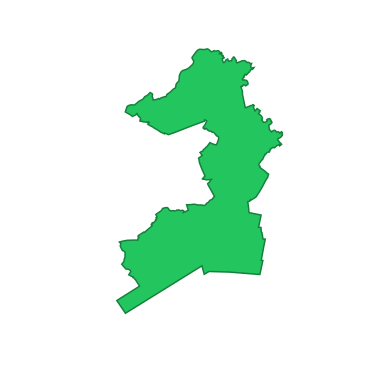 the district of Binh Chanh, Hồ Chí Minh city, Vietnam, rotated 226°
{"feature_id": "81297802B93683261125538", "entity_name": "Binh Chanh", "entity_type": "district", "adm_level": 2, "iso_a3": "VNM", "parent_name": "Vietnam", "parent_adm1": "Hồ Chí Minh city", "projection": "natural_earth1", "projection_center": [106.606, 10.749], "detail": "fine", "context": "isolated", "style": "filled", "palette": "green", "viewbox_px": 384, "rotation_deg": 226, "n_neighbors": 0, "source": "geoboundaries", "source_scale": "gbopen_adm2", "svg_char_len": 6100}
<svg xmlns="http://www.w3.org/2000/svg" viewBox="0 0 384 384"><g transform="rotate(226 192 192)"><path d="M169.7,294.1L170.1,296.5L170.4,296.9L171.0,297.0L171.9,298.2L173.2,298.3L173.3,297.9L173.1,296.6L173.4,295.9L174.3,296.1L175.4,296.0L176.5,294.4L178.1,294.6L179.0,294.4L179.7,293.3L180.0,290.9L181.6,291.1L182.9,290.9L186.6,293.5L186.2,295.5L186.5,297.9L187.0,298.1L187.9,297.9L188.2,298.4L189.6,298.6L189.8,299.0L190.5,298.8L191.2,298.5L191.8,297.5L192.0,295.9L191.0,295.8L191.0,294.1L191.2,293.4L192.3,291.9L192.6,291.8L193.8,292.1L195.5,292.1L195.6,293.3L196.1,293.9L198.1,294.7L199.4,294.7L202.1,294.2L202.5,296.6L203.1,296.6L203.2,297.5L206.8,296.8L206.5,293.7L207.3,293.8L209.9,294.9L210.7,295.6L211.0,296.8L211.4,297.2L211.3,296.9L212.2,296.7L212.5,296.5L212.6,295.4L213.4,294.2L213.9,292.6L214.5,291.4L214.8,290.3L215.7,288.9L227.1,296.1L229.4,298.2L233.9,300.4L233.5,301.2L233.0,301.6L233.0,302.0L233.4,303.0L233.3,303.4L232.2,304.2L231.2,304.3L231.0,304.6L230.6,307.2L232.2,308.4L233.1,308.4L233.4,308.7L234.3,308.8L235.0,308.1L236.1,307.8L237.1,306.5L237.6,306.3L238.0,306.5L238.3,307.0L238.4,308.0L238.4,309.1L238.9,309.1L239.3,309.5L239.0,309.9L239.8,312.0L238.4,312.3L238.4,312.5L238.6,315.7L238.4,316.8L239.2,319.1L238.3,320.5L238.2,321.7L238.5,323.0L239.7,321.1L240.7,321.0L241.3,321.3L242.0,322.2L243.1,324.1L243.5,323.2L243.9,323.0L244.4,323.2L245.1,323.2L245.9,322.8L246.6,322.2L246.9,321.6L249.8,321.3L251.4,319.5L253.1,315.4L253.3,314.4L253.7,314.1L254.5,314.1L255.9,315.3L258.2,315.6L259.2,316.0L260.1,315.9L260.3,315.4L260.0,314.4L260.0,313.2L259.1,312.2L259.1,311.5L259.9,310.6L260.2,309.8L260.8,309.1L261.1,309.1L262.7,310.1L262.9,310.0L263.4,308.3L262.8,306.0L262.8,304.9L263.0,304.7L263.4,304.6L264.5,304.9L266.9,306.3L266.6,307.0L266.3,307.3L266.1,308.0L266.4,308.5L267.0,308.3L267.5,308.5L267.9,308.4L268.1,308.5L268.3,309.0L268.7,309.1L269.1,308.8L269.1,308.3L269.4,308.3L270.0,308.9L270.6,309.0L270.8,309.6L271.0,309.5L271.5,308.8L271.7,310.0L271.9,310.1L272.3,309.5L272.2,308.2L272.3,307.8L273.6,309.2L274.2,309.3L275.2,309.2L275.7,308.7L276.9,306.8L278.5,306.0L278.8,304.2L279.2,303.6L280.2,303.2L282.4,303.1L283.4,302.9L284.0,302.6L284.7,302.0L285.4,300.5L286.3,299.4L289.4,296.7L290.0,295.1L290.1,294.3L289.9,291.8L288.8,285.5L288.3,285.0L285.1,284.2L284.2,283.3L283.6,282.1L283.4,280.8L283.4,277.9L283.5,275.5L284.2,273.0L285.9,269.5L286.0,267.8L285.6,266.1L284.4,263.6L282.2,261.2L281.1,259.8L280.9,258.4L280.9,256.9L280.6,255.8L280.2,254.9L278.4,252.6L279.0,249.9L279.0,245.6L279.6,241.7L279.4,241.1L278.6,239.8L278.8,239.2L279.6,238.6L281.3,234.8L281.5,233.0L282.5,232.9L282.9,231.6L283.6,230.1L284.3,229.1L285.3,228.0L286.1,228.7L288.4,229.8L289.3,231.1L290.0,231.6L290.6,231.6L292.7,230.9L292.5,227.5L293.4,224.1L292.9,221.6L293.1,220.2L294.1,217.1L294.5,211.3L294.9,210.7L296.9,208.9L297.5,208.0L298.4,206.1L298.5,204.5L296.0,199.7L295.2,199.8L290.4,201.3L288.4,201.5L287.5,201.8L287.5,202.9L287.1,203.4L286.5,205.2L286.7,207.0L286.2,207.0L285.6,206.5L282.9,206.3L282.9,206.1L281.6,206.4L279.7,205.3L279.4,204.8L279.8,204.6L279.1,203.8L277.2,205.3L277.1,205.2L275.6,206.3L273.1,208.4L273.1,208.9L272.7,209.3L272.4,209.2L271.8,209.4L271.6,208.9L271.6,207.3L269.4,207.7L268.1,208.3L266.5,208.7L265.8,209.1L265.3,209.0L263.1,209.5L262.7,209.7L260.3,210.4L257.0,211.0L253.0,212.6L253.3,213.3L249.6,214.9L246.8,221.0L239.7,238.0L234.4,250.0L235.2,251.2L233.1,252.1L231.5,248.7L230.8,244.9L230.0,244.4L229.9,244.4L229.8,245.0L229.5,245.0L229.4,244.7L229.1,244.6L228.6,244.7L228.1,245.1L228.1,246.1L227.7,246.5L227.1,246.5L226.4,246.2L224.6,246.5L223.9,246.8L222.5,247.9L221.0,248.0L220.2,248.9L219.4,249.1L215.2,248.7L214.5,249.2L213.8,249.2L213.0,249.1L212.3,248.7L211.0,246.9L209.6,243.9L209.2,242.7L209.2,242.0L211.6,240.6L212.6,240.1L215.1,239.2L214.3,234.6L214.5,232.3L214.2,231.6L214.6,229.7L213.9,228.3L214.0,227.8L214.6,226.9L214.9,225.2L211.2,224.7L211.8,220.2L211.1,220.0L208.0,217.8L202.3,215.3L194.5,212.5L194.2,208.6L193.7,208.7L191.8,210.3L190.8,210.7L187.6,214.6L187.5,213.2L187.0,211.3L187.2,210.3L187.1,209.0L185.9,208.5L173.2,205.1L173.2,203.5L172.7,201.8L173.6,198.9L173.2,196.7L173.7,194.8L173.4,192.6L173.8,191.4L176.5,189.5L178.1,187.6L181.3,185.4L182.1,184.7L184.2,181.8L186.6,179.3L181.4,176.6L183.2,171.5L184.0,172.9L185.4,172.6L185.9,171.6L186.6,170.8L187.8,170.2L188.1,169.8L188.3,170.0L189.2,169.0L189.5,168.6L189.7,167.1L190.0,166.8L191.7,165.5L193.2,163.6L194.4,163.1L196.8,163.6L197.9,163.4L199.3,161.9L200.5,159.6L200.6,159.1L200.1,158.3L200.0,156.3L201.0,150.4L198.4,149.5L198.5,148.4L197.5,148.3L197.5,146.8L196.7,146.6L196.7,142.4L197.3,142.3L197.4,141.4L196.6,141.4L196.7,139.8L195.3,139.7L195.8,133.7L195.9,129.9L196.6,129.7L198.0,123.0L197.2,122.0L196.2,122.3L195.7,120.2L195.0,119.6L197.7,116.9L202.3,111.8L204.8,108.0L206.5,105.0L205.9,104.9L204.7,105.4L204.1,104.4L202.8,102.7L199.4,101.6L198.2,101.3L197.5,101.8L196.4,102.0L194.6,101.7L193.4,100.2L191.8,98.8L190.7,96.5L189.5,95.0L189.0,93.0L188.9,91.3L182.7,90.9L180.1,92.8L179.0,93.0L178.0,93.0L177.3,92.6L176.4,89.0L173.8,89.7L172.1,90.6L171.6,90.1L170.9,90.5L168.9,90.3L168.1,90.4L160.7,88.9L166.2,62.5L151.0,59.9L132.0,147.9L124.3,143.6L123.0,149.0L108.5,163.2L85.5,183.5L93.5,195.4L94.7,194.3L102.6,205.3L107.2,212.0L108.9,210.4L112.9,213.3L113.8,213.6L114.2,214.1L115.1,214.2L117.5,216.0L118.5,217.0L120.4,215.4L127.4,225.7L137.6,218.7L142.9,223.0L146.2,225.2L145.4,227.2L145.7,227.7L145.7,228.5L145.3,228.2L144.1,233.6L144.0,234.9L145.4,241.1L146.9,246.3L148.9,252.2L150.1,257.0L150.6,257.4L151.5,259.4L151.7,259.5L152.7,259.4L153.8,258.9L155.2,259.1L162.4,257.9L162.8,258.5L163.3,258.8L164.6,258.7L165.1,258.9L165.7,259.8L166.3,263.1L166.5,265.9L167.6,268.4L167.9,270.1L168.4,270.4L168.3,270.9L168.0,271.6L168.2,272.8L168.1,274.1L167.8,274.6L167.1,275.1L167.0,275.6L167.8,277.2L168.4,277.5L168.4,277.9L168.2,278.7L168.0,281.1L166.7,281.8L166.5,282.2L166.4,285.3L165.9,286.3L165.5,288.0L165.1,287.9L164.3,287.2L164.1,288.1L164.1,289.6L167.6,289.6L170.5,290.2L170.6,291.8L170.0,292.4L169.7,294.1Z" fill="#22c55e" stroke="#15803d" stroke-width="1.5"/></g></svg>